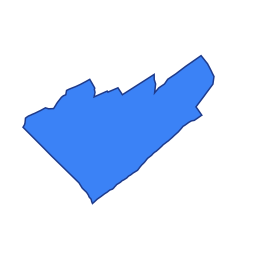 the district of Bulaq Al-DakrUr, Al Jizah, Egypt, rotated 70°
{"feature_id": "37247803B34210539192827", "entity_name": "Bulaq Al-DakrUr", "entity_type": "district", "adm_level": 2, "iso_a3": "EGY", "parent_name": "Egypt", "parent_adm1": "Al Jizah", "projection": "robinson", "projection_center": [31.19, 30.03], "detail": "fine", "context": "isolated", "style": "filled", "palette": "blue", "viewbox_px": 256, "rotation_deg": 70, "n_neighbors": 0, "source": "geoboundaries", "source_scale": "gbopen_adm2", "svg_char_len": 1845}
<svg xmlns="http://www.w3.org/2000/svg" viewBox="0 0 256 256"><g transform="rotate(70 128 128)"><path d="M141.2,54.3L135.4,55.8L131.4,56.9L123.7,45.1L122.4,43.2L115.8,33.2L109.0,29.6L104.9,30.1L103.4,30.2L97.7,30.9L96.4,31.1L94.8,31.3L91.6,32.4L90.0,32.9L88.2,33.5L85.0,34.6L89.9,53.1L90.6,55.3L91.3,57.6L91.8,59.2L92.3,60.8L93.5,64.6L94.5,68.7L95.8,74.0L99.1,78.6L99.6,80.5L100.1,82.5L100.8,85.3L101.8,87.0L104.1,91.0L96.1,87.0L91.4,86.8L86.6,85.1L94.8,121.9L86.8,123.7L87.4,134.6L86.2,134.9L87.2,149.2L83.2,146.8L80.1,146.4L79.2,145.6L77.2,145.9L74.2,146.4L69.2,147.3L69.9,151.7L70.6,156.7L70.8,158.2L71.2,163.2L71.3,167.8L71.4,170.3L71.7,172.9L74.3,174.4L75.5,175.1L75.6,177.7L76.4,180.1L78.3,183.1L79.6,185.2L80.8,186.9L81.7,187.9L82.7,189.2L83.1,189.7L84.3,191.3L82.8,196.0L80.8,198.7L81.7,204.6L81.8,205.9L82.3,210.6L82.4,213.3L82.6,215.1L82.7,217.4L83.2,219.5L83.7,221.0L86.3,222.2L88.1,223.1L89.5,224.1L91.4,226.4L116.8,214.6L128.2,209.4L162.8,192.8L168.7,191.6L170.5,190.8L172.3,189.9L173.9,189.1L175.2,188.7L177.4,188.2L179.6,188.1L182.4,187.0L184.7,187.3L186.8,187.2L185.9,184.9L184.3,181.2L183.1,176.7L181.8,172.5L181.2,169.7L180.1,166.4L180.1,163.4L179.4,161.8L178.6,160.5L178.0,159.2L177.3,158.1L177.0,156.7L176.7,155.1L176.3,153.5L175.5,151.6L175.3,149.8L174.8,147.5L174.5,146.2L173.4,144.0L173.0,141.6L172.4,139.7L172.0,138.5L171.7,136.9L171.3,134.9L171.0,133.5L170.0,131.9L169.3,130.9L168.5,129.6L167.4,127.7L166.3,125.2L165.4,123.5L163.8,121.0L163.1,119.7L162.2,116.8L161.7,115.2L160.7,113.4L159.9,111.4L159.5,109.5L158.6,107.2L157.9,105.4L157.3,104.1L156.8,102.8L155.7,100.6L155.0,98.2L154.4,96.4L153.9,94.5L153.0,92.3L152.0,89.7L150.8,87.0L149.9,84.7L148.9,82.2L147.5,79.6L145.2,75.6L144.9,73.8L143.5,68.9L143.0,65.9L143.5,63.1L142.3,58.4L141.2,54.4L141.2,54.3Z" fill="#3b82f6" stroke="#1e3a8a" stroke-width="1.5"/></g></svg>